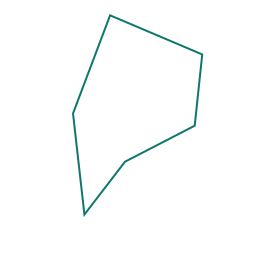 Angeles, orthographic projection, rotated 293°
{"feature_id": "PHL-5538", "entity_name": "Angeles", "entity_type": "Highly Urbanized City", "adm_level": 1, "iso_a3": "PHL", "parent_name": "Philippines", "parent_adm1": "", "projection": "orthographic", "projection_center": [120.591, 15.141], "detail": "fine", "context": "isolated", "style": "outline", "palette": "teal", "viewbox_px": 256, "rotation_deg": 293, "n_neighbors": 0, "source": "natural_earth", "source_scale": "10m", "svg_char_len": 245}
<svg xmlns="http://www.w3.org/2000/svg" viewBox="0 0 256 256"><g transform="rotate(293 128 128)"><path d="M224.7,67.5L224.7,167.6L156.2,188.5L95.8,138.4L31.3,121.7L119.9,71.7L224.7,67.5Z" fill="none" stroke="#0f766e" stroke-width="2"/></g></svg>